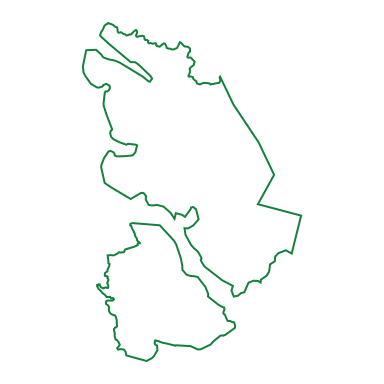 Petersburg, Alaska, United States of America
{"feature_id": "52423323B76828844452953", "entity_name": "Petersburg", "entity_type": "district", "adm_level": 2, "iso_a3": "USA", "parent_name": "United States of America", "parent_adm1": "Alaska", "projection": "mercator", "projection_center": [-133.171, 57.135], "detail": "fine", "context": "isolated", "style": "outline", "palette": "green", "viewbox_px": 384, "rotation_deg": 0, "n_neighbors": 0, "source": "geoboundaries", "source_scale": "gbopen_adm2", "svg_char_len": 5551}
<svg xmlns="http://www.w3.org/2000/svg" viewBox="0 0 384 384"><path d="M291.7,253.5L301.1,215.6L257.9,204.2L274.1,174.8L258.7,142.5L233.3,104.3L220.1,76.7L219.6,77.5L220.4,80.3L219.3,82.8L217.8,83.0L216.7,83.2L215.4,83.5L214.2,83.6L213.5,84.0L212.2,84.0L210.7,84.5L209.5,83.4L204.0,82.8L199.8,84.4L197.1,83.5L196.6,82.8L196.4,81.3L194.3,79.9L193.1,78.5L193.0,77.3L191.8,76.7L190.2,76.5L189.1,76.7L188.5,76.2L188.6,75.4L189.4,73.8L189.9,71.4L189.9,69.6L189.6,68.7L190.6,67.4L193.7,65.1L194.6,61.7L190.7,57.5L188.9,57.6L188.1,57.7L187.3,56.7L187.7,55.5L188.6,52.7L190.1,51.5L189.9,48.5L188.0,46.8L184.9,46.5L184.1,46.1L183.4,45.4L182.8,44.7L182.2,44.2L181.5,43.2L180.6,42.5L179.9,42.2L179.4,43.3L178.9,44.3L178.1,46.0L177.1,47.9L175.2,48.8L173.9,49.3L172.8,49.6L171.9,49.4L171.3,49.1L170.3,48.8L168.9,48.5L168.1,48.5L166.7,47.9L166.4,46.5L165.5,44.7L165.0,43.7L163.6,43.4L162.4,44.4L160.8,45.6L160.3,46.3L159.3,46.7L158.6,46.4L157.3,46.2L156.2,45.3L156.2,44.3L156.1,43.6L155.4,43.2L154.5,43.3L152.9,43.7L151.7,43.4L150.4,43.0L149.7,43.3L148.5,43.1L148.1,42.3L148.1,41.2L148.2,40.8L147.1,40.0L146.0,40.1L145.3,40.0L144.5,39.0L144.5,37.9L144.0,36.4L142.4,35.8L140.4,36.1L139.0,36.2L137.6,36.8L136.8,36.8L136.1,36.1L136.1,35.2L137.1,32.6L136.9,31.4L136.7,30.6L135.9,30.0L135.1,30.5L134.0,31.3L133.1,32.2L132.2,33.3L130.8,34.6L129.5,34.4L128.1,35.1L126.7,35.5L125.9,34.9L125.1,34.3L124.1,34.1L123.4,34.0L121.9,32.8L120.8,32.2L119.4,32.7L118.5,32.7L117.7,31.7L117.5,29.5L117.0,27.5L115.8,27.0L115.2,26.8L114.4,26.1L113.4,25.1L112.1,24.5L110.7,23.9L109.0,23.6L108.4,23.0L107.3,23.6L106.7,24.3L105.6,24.8L104.6,25.7L103.8,27.2L103.1,29.0L102.0,30.8L101.0,32.3L100.6,33.8L100.0,35.4L101.0,36.6L109.0,43.9L130.7,62.1L134.9,62.2L136.6,63.1L140.2,66.1L150.5,76.0L152.1,78.6L149.9,81.7L148.5,81.3L142.4,76.4L119.7,62.6L114.9,60.6L108.4,59.3L104.1,57.7L102.9,56.9L101.2,54.5L96.1,49.8L86.4,50.2L85.9,51.6L82.9,66.5L83.5,72.3L85.1,75.6L90.9,83.8L96.5,87.2L98.3,87.7L102.0,86.7L102.8,86.1L103.3,85.0L106.2,83.9L109.5,85.6L110.0,88.1L108.6,90.6L107.5,91.3L105.6,91.4L104.8,92.5L103.6,103.0L103.7,105.8L106.6,114.9L112.2,129.5L110.7,131.0L110.2,133.0L110.8,135.9L111.3,137.0L113.2,139.0L114.7,139.9L119.9,142.4L126.4,144.7L128.1,143.8L135.9,144.7L137.1,145.3L135.4,152.2L132.7,155.4L124.2,156.2L116.9,156.4L114.7,155.4L114.4,153.5L112.9,151.9L110.3,150.9L108.4,151.6L104.0,158.2L101.4,165.1L101.1,167.1L104.7,183.0L111.5,187.6L130.7,199.0L140.7,193.1L142.4,192.8L143.8,193.2L146.2,196.3L145.7,197.6L145.9,199.8L148.6,204.9L152.2,205.5L157.0,204.9L163.5,206.6L170.4,212.6L174.5,218.8L175.8,213.2L182.1,214.8L184.9,216.9L190.4,209.6L191.1,207.5L193.3,207.0L196.1,209.4L198.6,219.3L193.3,225.4L188.1,228.4L184.5,228.2L185.5,234.8L191.0,244.9L194.2,248.5L196.5,250.3L198.0,251.9L200.8,256.6L201.4,258.1L201.3,259.3L200.8,259.7L201.5,261.8L204.4,266.4L222.1,280.2L232.9,285.9L231.5,290.5L233.7,296.5L238.0,295.7L241.0,293.1L244.3,292.3L248.5,282.7L253.6,280.7L258.0,281.0L260.6,282.5L260.9,279.7L266.7,275.7L269.2,271.5L270.0,264.4L274.8,261.3L275.2,256.6L278.3,253.2L285.8,250.3L291.7,253.5ZM130.3,223.9L130.3,225.5L130.8,225.6L131.3,226.0L131.5,227.1L131.9,228.0L132.1,228.5L132.6,229.5L132.9,230.0L133.3,230.6L133.5,231.1L133.8,232.0L134.2,232.3L134.4,233.0L134.7,233.6L134.9,234.1L134.8,234.8L134.9,235.4L135.5,236.5L135.9,237.2L136.3,237.6L136.6,238.1L136.8,238.8L137.0,239.6L137.1,240.1L137.3,240.7L137.9,241.3L138.4,241.6L138.7,241.7L138.8,241.8L138.7,241.9L138.5,242.2L138.7,242.6L139.0,242.8L139.5,242.9L139.9,243.1L139.9,243.3L139.6,243.3L139.0,243.1L138.4,243.3L137.9,243.5L137.5,244.1L137.6,244.7L137.7,245.2L134.3,246.7L125.3,249.4L124.4,250.7L124.4,251.4L123.7,252.3L122.6,252.2L120.8,252.6L119.2,252.2L117.2,253.7L115.3,254.6L113.7,255.4L110.4,255.1L107.7,255.4L108.0,258.7L108.4,261.2L108.4,263.4L109.5,263.9L109.3,265.6L108.6,267.6L107.6,269.3L107.4,271.4L105.2,272.8L104.7,275.0L104.9,275.8L106.2,276.3L107.0,276.1L107.8,277.0L107.5,278.3L108.1,279.0L108.5,280.0L107.9,281.5L107.2,283.1L107.7,284.5L108.3,285.3L108.2,287.0L108.0,287.9L106.8,287.9L105.9,287.3L103.4,288.3L101.8,287.7L100.7,287.0L99.8,285.3L99.8,284.5L98.8,284.2L98.3,284.9L97.1,285.0L97.1,286.3L97.6,286.7L97.9,287.7L98.5,288.9L100.0,290.2L101.6,292.0L103.1,293.6L104.7,294.6L106.5,296.9L109.2,297.0L110.1,296.8L110.6,297.5L110.9,298.2L112.0,298.3L112.7,298.1L113.5,298.3L113.9,299.2L113.3,300.1L112.3,300.6L110.1,300.6L108.1,300.5L106.4,301.0L105.8,302.6L106.2,304.1L107.9,305.2L109.1,307.1L108.8,309.3L109.1,311.1L110.3,313.3L112.1,314.5L113.6,315.1L115.2,315.5L116.1,317.8L116.7,320.3L116.8,322.4L116.9,325.0L117.1,326.2L116.2,327.3L115.3,327.4L114.0,329.0L114.0,330.5L114.7,332.8L114.7,336.4L115.2,338.2L115.7,339.6L116.7,339.8L118.4,341.9L119.8,344.6L118.4,346.9L117.2,348.0L117.7,349.4L118.5,349.6L120.1,349.2L123.6,349.4L124.1,349.8L125.5,351.7L126.2,355.1L127.3,355.7L146.6,361.0L152.3,357.9L153.9,356.2L157.4,350.2L157.1,345.6L155.2,344.5L154.7,343.6L154.8,341.4L155.3,340.4L158.7,341.2L161.8,342.5L168.2,343.9L175.5,345.7L175.8,345.3L190.5,346.1L198.0,349.5L200.9,349.2L210.5,344.6L213.6,341.2L220.3,335.7L223.3,335.4L223.4,335.6L225.6,334.7L234.9,327.9L235.1,325.8L234.2,322.5L233.3,322.1L232.3,322.2L230.5,321.1L227.7,320.9L226.4,318.4L224.9,314.6L223.7,313.9L223.3,313.1L223.7,311.2L224.5,309.4L224.1,307.5L223.3,307.4L218.3,304.7L208.0,296.5L208.2,294.0L205.4,286.9L197.7,277.0L193.3,276.1L190.7,276.0L186.6,274.7L182.4,269.9L182.3,265.8L180.8,258.2L176.2,244.4L174.1,240.8L159.8,225.3L132.6,223.1L130.4,223.8L130.3,223.9Z" fill="none" stroke="#15803d" stroke-width="2"/></svg>